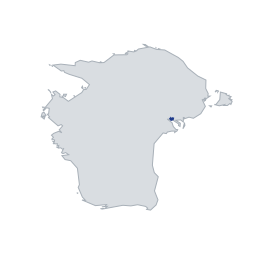 Port Pirie, South Australia, Australia shown in context, rotated 286°
{"feature_id": "25037944B53650156153507", "entity_name": "Port Pirie", "entity_type": "district", "adm_level": 2, "iso_a3": "AUS", "parent_name": "Australia", "parent_adm1": "South Australia", "projection": "equal_earth", "projection_center": [137.965, -33.365], "detail": "fine", "context": "in_parent", "style": "filled", "palette": "blue", "viewbox_px": 256, "rotation_deg": 286, "n_neighbors": 0, "source": "geoboundaries", "source_scale": "gbopen_adm2", "svg_char_len": 4289}
<svg xmlns="http://www.w3.org/2000/svg" viewBox="0 0 256 256"><g transform="rotate(286 128 128)"><path d="M170.9,45.9L173.3,60.0L176.4,59.3L179.9,63.4L180.4,72.0L182.5,74.9L182.9,82.8L184.3,86.9L194.4,94.4L198.1,106.7L199.2,107.4L199.4,105.2L201.6,107.4L202.0,106.3L202.7,112.5L204.0,114.4L206.8,116.3L212.0,126.7L211.4,133.6L213.1,141.8L209.6,157.0L207.3,162.5L202.2,168.7L197.2,180.7L195.6,189.7L187.4,191.8L183.2,195.6L180.7,195.9L181.3,198.1L177.5,194.9L178.1,194.2L177.8,193.4L177.1,193.4L175.7,194.7L174.8,193.9L176.4,192.6L175.6,191.6L170.1,196.4L161.8,194.0L155.4,188.2L155.2,183.6L152.2,179.4L153.4,179.5L153.4,178.3L149.0,179.5L150.3,176.4L148.6,171.8L147.0,177.0L143.8,177.6L144.3,175.8L145.8,175.8L148.0,168.7L147.4,163.2L145.2,168.9L141.9,171.1L139.8,174.5L140.1,176.2L138.8,176.0L136.6,174.1L138.0,174.0L137.0,170.7L134.9,166.9L133.2,166.4L132.9,163.1L120.2,157.4L98.9,161.7L92.3,165.6L89.5,170.5L74.8,170.8L67.2,176.6L61.7,176.2L55.3,172.3L54.9,168.3L56.4,169.0L57.5,166.6L56.9,158.4L53.9,152.2L52.3,144.4L44.1,127.9L47.0,129.7L45.0,124.6L46.4,127.6L48.5,128.5L44.4,118.1L46.1,103.6L46.8,107.0L49.0,103.2L57.2,96.5L60.2,96.9L75.3,90.5L80.8,81.9L80.3,76.2L83.2,72.1L86.0,78.4L87.2,74.9L85.5,72.5L85.9,70.9L91.0,71.9L89.4,71.3L90.4,68.8L89.5,66.6L92.2,66.3L91.1,64.7L93.4,64.5L92.6,62.1L94.5,59.4L94.6,61.0L96.2,60.8L96.3,57.8L98.5,58.9L100.0,56.4L102.4,58.1L105.7,62.3L105.2,65.7L107.3,62.4L112.0,64.6L112.9,62.8L110.8,60.2L116.1,48.7L117.1,49.5L119.0,46.6L119.6,47.8L125.2,46.9L125.0,44.1L121.3,42.1L121.9,41.4L135.3,47.3L139.2,45.2L138.2,47.4L139.9,48.7L141.9,45.9L143.7,48.2L141.6,53.4L139.2,53.8L139.4,57.5L137.2,63.3L149.3,73.8L152.6,74.8L153.7,77.3L159.1,79.0L163.1,70.0L163.4,56.7L164.0,51.7L165.4,50.5L164.4,48.2L167.8,38.6L170.9,45.9ZM174.4,205.9L180.6,208.4L188.0,206.9L188.1,213.8L187.7,212.5L186.9,214.0L186.5,218.5L184.0,216.7L182.2,220.8L179.0,220.4L179.7,219.3L177.0,217.3L176.0,213.8L177.2,214.5L174.5,209.6L174.4,205.9ZM115.0,41.4L118.8,41.4L120.0,42.9L117.5,45.7L115.0,41.4ZM142.4,181.0L148.8,180.8L146.1,182.0L142.4,181.0ZM142.7,56.8L143.5,59.6L141.0,59.2L141.4,57.1L142.7,56.8ZM211.6,125.5L211.6,122.4L212.6,119.7L213.0,121.6L211.6,125.5ZM186.5,201.8L188.5,202.4L188.6,203.4L186.5,201.8ZM114.6,42.3L116.0,45.1L113.5,44.9L114.6,42.3ZM172.3,202.3L171.1,202.0L171.8,200.3L172.3,202.3ZM155.6,72.6L154.5,73.4L153.3,73.9L153.9,72.3L155.6,72.6ZM44.1,127.2L43.0,125.7L42.9,124.3L43.0,124.2L44.1,127.2ZM188.1,204.3L188.8,205.0L187.3,204.4L188.1,204.3ZM203.5,112.9L204.4,112.9L204.3,114.3L203.5,112.9ZM183.2,82.7L184.2,83.5L184.0,84.0L183.2,82.7ZM183.8,219.1L183.8,220.2L183.1,219.9L183.8,219.1ZM212.7,134.8L212.7,136.5L212.6,136.4L212.7,134.8ZM124.8,41.3L124.1,40.5L124.6,40.1L124.8,41.3ZM142.8,41.4L141.8,42.9L142.9,40.4L142.8,41.4ZM212.9,132.7L212.5,133.3L212.8,132.7L212.9,132.7ZM144.2,67.6L143.7,67.9L144.0,67.2L144.2,67.6ZM140.8,56.7L140.1,56.8L140.5,56.0L140.8,56.7ZM51.7,96.6L51.6,97.7L51.3,97.6L51.7,96.6ZM166.7,37.9L166.6,38.9L166.4,38.2L166.7,37.9ZM177.1,193.8L177.2,194.3L177.0,194.2L177.1,193.8ZM141.6,43.3L140.3,44.3L141.6,43.0L141.6,43.3ZM92.6,60.7L92.2,61.4L92.5,60.6L92.6,60.7ZM184.3,218.3L183.9,218.5L184.1,218.1L184.3,218.3ZM155.1,76.0L154.4,75.9L154.7,75.4L155.1,76.0ZM90.2,65.8L89.8,66.2L89.8,65.3L90.2,65.8ZM187.4,216.0L186.8,216.3L187.0,215.7L187.4,216.0ZM167.1,35.2L167.0,35.9L166.7,35.6L167.1,35.2ZM176.8,194.5L177.3,195.0L176.4,194.9L176.8,194.5ZM195.6,94.4L195.1,94.4L195.3,93.6L195.6,94.4ZM199.1,105.1L198.8,105.1L199.0,104.5L199.1,105.1ZM174.7,205.1L174.6,205.5L174.4,205.0L174.7,205.1Z" fill="#d9dde1" stroke="#a8b0b8" stroke-width="1"/><path d="M148.6,168.9L149.9,168.9L149.9,168.2L149.3,168.1L149.3,167.1L149.2,167.1L149.1,166.9L149.1,166.7L148.9,166.5L148.9,166.4L149.0,166.4L148.9,166.4L149.0,166.3L148.9,166.3L148.9,166.2L149.0,166.2L148.9,166.2L148.4,166.1L148.5,166.1L148.5,166.3L148.4,166.3L148.3,166.5L148.4,166.4L148.4,166.5L148.3,166.4L148.3,166.2L148.2,166.3L148.0,166.5L147.9,166.5L147.7,166.6L147.6,166.8L147.5,167.0L147.6,167.3L147.7,167.2L147.7,167.3L147.7,167.2L147.7,167.3L147.8,167.3L147.7,167.3L147.7,167.2L147.8,167.2L147.8,167.3L147.8,167.5L147.8,167.4L147.8,167.5L147.7,167.6L147.8,167.7L147.8,167.8L147.9,168.0L148.5,168.1L148.5,168.3L148.6,168.9Z" fill="#3b82f6" stroke="#1e3a8a" stroke-width="1.5"/></g></svg>